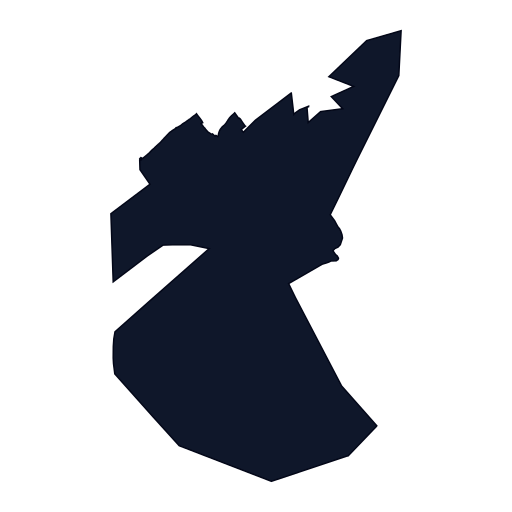 outline of Al Amreia, Al Iskandariyah, Egypt
{"feature_id": "37247803B92926604097979", "entity_name": "Al Amreia", "entity_type": "district", "adm_level": 2, "iso_a3": "EGY", "parent_name": "Egypt", "parent_adm1": "Al Iskandariyah", "projection": "natural_earth1", "projection_center": [29.737, 30.959], "detail": "fine", "context": "isolated", "style": "filled", "palette": "ink", "viewbox_px": 512, "rotation_deg": 0, "n_neighbors": 0, "source": "geoboundaries", "source_scale": "gbopen_adm2", "svg_char_len": 5067}
<svg xmlns="http://www.w3.org/2000/svg" viewBox="0 0 512 512"><path d="M357.8,157.9L376.6,120.2L398.8,75.6L401.1,30.7L366.7,40.6L328.9,76.7L353.7,86.4L331.3,96.6L342.7,108.7L320.6,111.6L308.2,122.6L307.0,107.4L307.2,107.2L308.6,106.7L308.6,106.2L302.9,108.5L299.6,109.8L295.3,112.9L293.8,114.5L293.6,113.1L293.0,107.6L291.3,93.0L291.2,93.0L283.7,98.7L255.4,120.2L254.1,121.5L253.5,122.1L252.7,122.9L248.2,127.4L245.7,129.9L243.4,132.3L242.3,131.0L241.2,129.5L244.9,126.6L245.4,126.2L245.2,126.1L244.5,125.2L243.3,123.5L242.2,121.9L242.0,121.6L241.1,120.2L240.8,119.7L240.3,119.0L239.3,118.1L239.2,118.1L238.8,118.4L238.7,118.4L238.3,117.9L237.5,116.7L237.1,116.2L236.9,115.8L236.6,115.5L236.0,114.6L235.2,113.5L234.8,112.9L234.7,112.8L234.3,113.3L232.3,115.1L231.6,115.6L231.2,116.1L230.2,117.1L229.5,117.9L228.6,119.2L228.2,119.7L227.6,120.8L226.5,122.4L226.3,122.8L226.0,123.2L225.8,123.5L225.3,124.0L225.1,124.3L224.8,124.7L224.5,125.0L224.4,125.1L224.1,125.3L222.4,126.7L222.1,127.0L221.1,128.3L220.7,128.8L220.4,129.2L220.3,129.3L220.0,129.9L219.8,130.2L219.1,131.9L218.6,133.5L218.3,135.5L218.0,136.7L217.9,136.7L217.0,136.1L216.5,135.8L215.9,135.4L215.0,136.2L212.5,133.9L211.7,134.3L211.0,133.9L208.1,132.1L205.5,129.2L204.7,128.0L204.1,127.6L203.5,126.8L202.5,125.4L201.0,123.6L201.4,123.3L202.7,122.7L201.9,121.1L201.3,120.2L200.0,118.4L197.7,115.5L196.5,113.8L196.3,114.1L196.2,114.2L195.8,114.4L195.7,114.4L195.6,114.5L195.4,114.7L195.3,114.8L194.8,115.3L194.3,115.6L194.2,115.7L193.9,115.8L193.1,116.4L192.9,116.6L192.7,116.7L192.6,116.8L192.4,117.0L191.9,117.4L191.8,117.5L191.7,117.5L191.4,117.8L191.3,118.0L191.2,118.0L190.9,118.2L190.9,118.3L190.7,118.5L190.4,118.7L190.3,118.8L190.1,119.0L189.7,119.1L189.4,119.3L189.1,119.4L189.0,119.6L188.3,120.1L188.1,120.2L187.9,120.3L187.7,120.5L187.3,120.8L186.9,121.0L186.4,121.4L185.7,122.0L185.2,122.3L184.8,122.6L184.5,122.7L184.4,122.7L183.7,123.2L183.4,123.4L183.3,123.5L183.0,123.6L182.9,123.7L182.7,123.8L182.0,124.4L181.3,125.0L181.1,125.2L180.9,125.4L180.4,125.6L180.2,125.8L179.8,126.0L179.6,126.1L179.3,126.3L179.1,126.4L178.9,126.5L178.7,126.6L178.0,127.0L177.5,127.3L177.2,127.5L176.7,127.7L176.4,127.8L176.3,127.7L176.2,127.6L175.9,127.8L175.9,128.1L175.9,128.3L175.0,128.9L174.9,128.9L174.7,129.0L174.3,129.3L174.2,129.4L174.0,129.5L173.3,129.9L173.2,130.0L172.5,130.4L172.2,130.6L171.6,131.1L171.4,131.3L171.1,131.5L170.8,131.7L170.4,131.9L170.1,132.1L169.9,132.3L169.6,132.6L169.1,133.0L168.8,133.4L168.7,133.5L168.3,133.9L168.1,134.2L167.9,134.3L167.8,134.5L167.6,134.6L167.5,134.8L167.3,134.9L166.7,135.6L166.5,135.8L166.4,135.9L166.2,136.1L166.0,136.3L165.5,136.9L165.2,137.1L165.1,137.3L164.8,137.6L164.7,137.7L164.5,137.9L164.3,138.0L164.2,138.1L164.2,138.3L164.0,138.5L163.9,138.6L163.7,138.8L163.5,139.0L163.3,139.2L163.0,139.6L162.6,140.0L162.3,140.2L162.2,140.4L162.1,140.6L161.9,140.7L161.6,141.1L161.2,141.5L160.9,141.9L160.8,142.0L160.6,142.2L160.4,142.4L160.4,142.5L160.1,142.8L159.9,142.9L159.5,143.3L159.4,143.3L159.3,143.5L158.8,143.9L158.3,144.2L158.2,144.3L158.1,144.5L157.8,144.8L157.7,144.9L157.5,145.0L157.4,145.2L157.3,145.3L157.1,145.4L156.8,145.6L156.7,145.7L156.7,145.8L156.3,146.2L156.0,146.4L155.4,146.9L155.3,147.0L155.1,147.3L154.7,147.6L154.6,147.8L154.5,148.0L154.2,148.2L154.1,148.3L153.8,148.5L152.9,149.3L152.7,149.4L152.2,149.8L152.1,150.0L151.7,150.4L151.5,150.5L151.4,150.6L151.1,150.9L150.9,151.2L150.7,151.4L150.5,151.6L150.4,151.7L150.3,151.8L150.2,152.0L149.9,152.2L149.8,152.3L149.8,152.5L149.7,152.6L149.5,152.8L148.9,153.2L148.8,153.3L148.7,153.5L148.3,153.8L148.2,153.9L147.8,154.1L147.7,154.2L147.6,154.3L147.4,154.5L147.1,154.8L146.8,155.1L146.1,155.6L145.9,155.8L145.6,156.1L145.4,156.2L144.7,156.8L144.4,157.0L144.2,157.2L143.4,157.8L143.2,157.9L143.0,158.1L142.7,158.3L142.2,158.6L141.7,158.7L141.4,158.7L141.2,158.6L140.9,158.7L141.0,158.7L141.0,158.8L140.9,158.9L140.9,159.0L141.3,159.8L140.6,160.2L140.3,159.5L140.2,159.7L140.0,159.3L140.0,159.2L139.9,159.0L139.9,158.9L140.0,158.7L140.3,158.5L140.4,158.4L140.5,158.4L140.7,158.1L140.8,157.9L141.0,157.8L141.1,157.7L140.9,157.6L140.7,157.9L140.0,158.4L139.9,158.5L139.8,158.9L139.7,159.0L139.8,159.3L140.1,160.0L140.2,160.3L139.7,160.4L140.0,169.7L150.0,184.2L110.9,213.7L113.2,281.8L147.5,255.8L163.1,245.1L171.9,244.8L190.7,244.8L209.2,248.6L149.8,300.9L117.7,329.4L115.0,331.8L113.8,338.9L113.3,346.5L113.2,357.9L113.5,363.6L114.2,369.1L114.8,373.9L153.4,417.2L179.2,445.7L271.4,481.3L346.8,456.1L348.1,455.9L376.3,426.5L376.8,425.8L341.6,386.0L295.3,297.4L288.6,283.6L322.2,264.2L326.5,262.9L329.0,262.0L330.9,261.0L336.3,260.8L337.2,260.1L338.0,259.6L338.5,258.2L337.9,257.2L337.3,256.0L335.5,254.5L333.7,251.9L333.3,251.3L332.9,250.6L333.7,249.8L334.3,249.2L334.8,248.6L337.4,247.4L337.8,247.3L340.3,244.7L341.7,240.4L342.0,239.6L342.5,238.0L342.0,234.7L341.1,232.1L340.7,231.0L340.0,229.7L339.5,228.7L337.9,226.8L337.3,225.7L336.4,224.1L334.6,220.7L331.1,216.0L330.2,214.7L338.1,198.6L350.5,172.9L352.6,168.5L357.8,157.9Z" fill="#0f172a" stroke="#020617" stroke-width="1.5"/></svg>